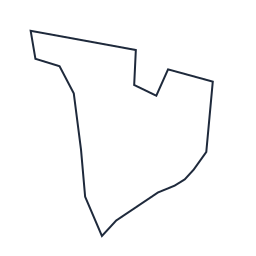 the Parish of Saint Paul Capesterre, rotated 175°
{"feature_id": "KNA-5107", "entity_name": "Saint Paul Capesterre", "entity_type": "Parish", "adm_level": 1, "iso_a3": "KNA", "parent_name": "Saint Kitts and Nevis", "parent_adm1": "", "projection": "equal_earth", "projection_center": [-62.833, 17.388], "detail": "fine", "context": "isolated", "style": "outline", "palette": "slate", "viewbox_px": 256, "rotation_deg": 175, "n_neighbors": 0, "source": "natural_earth", "source_scale": "10m", "svg_char_len": 378}
<svg xmlns="http://www.w3.org/2000/svg" viewBox="0 0 256 256"><g transform="rotate(175 128 128)"><path d="M39.5,166.8L52.1,97.3L66.2,80.8L75.9,71.9L86.6,66.5L103.7,61.2L147.8,36.9L163.4,22.7L176.7,63.3L176.7,110.5L179.0,167.2L190.8,195.5L214.2,205.0L216.5,233.3L113.4,205.0L118.1,170.3L97.0,157.7L83.0,182.9L39.5,166.8Z" fill="none" stroke="#1e293b" stroke-width="2"/></g></svg>